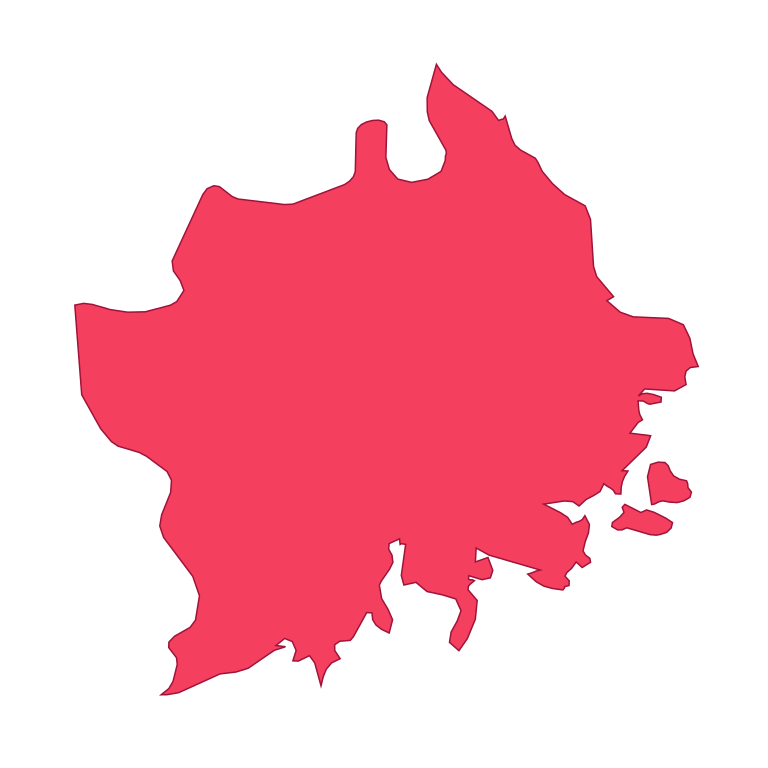 Olbia-Tempio, Natural Earth projection, rotated 93°
{"feature_id": "ITA-5375", "entity_name": "Olbia-Tempio", "entity_type": "Province", "adm_level": 1, "iso_a3": "ITA", "parent_name": "Italy", "parent_adm1": "", "projection": "natural_earth1", "projection_center": [9.374, 40.9], "detail": "fine", "context": "isolated", "style": "filled", "palette": "rose", "viewbox_px": 768, "rotation_deg": 93, "n_neighbors": 0, "source": "natural_earth", "source_scale": "10m", "svg_char_len": 3595}
<svg xmlns="http://www.w3.org/2000/svg" viewBox="0 0 768 768"><g transform="rotate(93 384 384)"><path d="M62.0,348.4L69.8,342.8L81.5,330.5L106.1,290.4L114.8,283.4L113.4,280.1L113.4,279.1L112.9,278.6L110.1,277.0L132.1,269.3L138.7,265.7L143.3,259.8L150.6,244.7L154.9,241.7L163.4,237.1L175.1,226.2L185.4,213.5L195.6,192.4L208.8,186.4L255.6,180.9L265.7,177.2L284.8,159.3L289.1,165.8L299.9,151.9L303.9,138.7L303.6,103.2L309.2,88.1L322.2,81.0L337.6,77.0L350.1,71.1L351.5,78.9L355.3,83.0L361.2,84.0L368.7,82.3L375.7,93.5L375.3,123.4L382.7,129.4L380.2,125.5L379.5,120.7L380.4,114.4L382.7,106.4L387.5,106.4L390.3,117.6L389.6,120.1L387.5,124.0L387.5,129.4L397.3,128.1L401.3,126.9L406.2,124.0L409.0,128.1L420.2,135.8L421.7,115.0L433.3,118.8L458.1,141.7L458.1,135.8L463.9,139.0L468.9,140.8L474.6,141.7L481.5,141.7L481.5,147.1L477.8,149.7L476.0,152.5L474.5,155.6L472.1,159.3L480.0,162.6L484.4,168.8L488.7,176.1L495.6,182.8L491.6,189.3L491.4,198.0L495.6,218.2L503.3,200.9L507.6,193.6L514.2,188.7L512.0,184.8L510.8,181.6L509.0,178.9L505.0,176.5L513.5,171.5L522.0,172.0L530.9,174.8L540.3,176.5L544.3,173.8L547.4,169.3L551.2,168.4L556.9,176.5L551.7,182.8L558.3,187.0L562.7,191.5L566.4,193.2L570.9,188.7L575.6,188.7L576.7,192.5L577.1,193.1L578.0,192.9L580.3,194.6L579.4,205.1L577.5,213.7L573.5,221.7L566.3,230.5L564.8,226.3L562.8,222.2L561.6,218.2L549.4,270.1L543.0,283.4L556.9,283.4L551.8,271.1L564.4,265.6L572.0,267.6L574.3,275.8L571.0,289.3L574.5,289.3L575.0,287.9L574.8,285.7L575.7,283.4L579.9,288.0L581.9,289.2L585.1,289.3L595.3,279.6L614.2,280.5L633.8,287.4L646.4,295.2L638.6,305.1L628.2,304.0L616.9,298.5L606.4,295.2L594.9,301.1L591.5,314.7L589.0,330.2L580.4,341.7L583.7,353.6L574.3,356.7L543.0,354.0L542.6,358.3L543.4,359.5L537.8,360.4L543.1,370.5L548.6,370.7L554.7,367.0L561.7,365.8L568.7,368.8L581.0,376.4L585.1,378.1L598.5,375.1L608.8,368.2L619.0,363.1L632.4,365.8L629.1,373.7L625.1,379.4L619.9,383.0L613.2,384.0L613.2,389.3L637.9,401.3L641.8,404.3L643.2,414.7L647.0,419.6L652.8,419.2L660.6,413.4L665.2,421.7L671.8,426.7L679.7,429.4L688.7,431.1L666.1,438.6L659.2,444.2L665.2,455.1L665.2,460.5L654.7,457.8L646.0,462.1L643.3,469.9L650.8,478.2L651.5,468.6L655.7,479.6L675.0,504.8L679.4,516.8L682.1,532.6L703.0,572.9L705.6,584.3L706.0,590.3L699.4,582.9L692.0,579.1L674.9,575.8L668.2,576.9L658.5,585.2L653.0,585.3L646.8,579.9L637.2,564.9L629.7,559.9L605.1,557.2L586.1,564.9L548.7,596.1L537.5,600.5L526.2,599.2L503.5,591.4L491.2,591.2L482.7,596.1L468.6,617.4L465.2,624.7L460.0,646.3L455.8,653.2L443.5,664.6L410.6,685.3L321.4,696.9L319.2,688.2L319.8,679.5L324.0,661.4L325.7,643.8L324.4,626.2L316.5,601.5L312.6,595.3L301.1,588.7L291.3,593.0L282.1,600.2L272.2,602.0L204.4,574.9L198.2,570.9L194.9,564.3L195.5,558.7L204.7,545.5L206.9,539.5L210.0,493.0L209.2,484.5L186.9,433.8L183.1,428.9L178.6,425.4L173.5,423.8L134.4,424.9L130.0,423.6L126.1,420.2L123.2,415.1L121.4,409.1L120.8,403.1L122.1,397.5L125.0,394.7L157.7,394.0L169.6,389.8L178.6,381.0L181.2,367.0L177.2,350.9L168.7,338.2L157.5,334.5L153.2,334.6L150.7,333.8L147.3,334.4L118.6,352.6L110.0,355.0L95.8,355.9L62.0,348.4ZM487.4,103.7L489.6,107.3L490.4,110.4L462.9,116.0L450.4,113.6L447.7,106.2L447.7,99.3L450.8,95.9L455.8,93.6L460.6,90.0L463.6,84.0L464.8,76.8L467.7,75.5L471.6,75.0L475.9,71.3L481.2,72.6L485.0,78.5L487.1,85.2L487.0,92.5L486.1,99.8L487.4,103.7ZM517.4,94.0L519.9,100.6L520.7,104.2L520.5,110.5L514.9,134.0L517.2,138.6L517.5,143.0L514.4,149.1L510.3,148.6L504.8,141.8L499.6,137.6L494.7,139.7L491.6,137.2L498.9,120.7L496.0,115.2L498.0,107.5L503.1,95.8L507.3,88.6L512.8,89.7L517.4,94.0Z" fill="#f43f5e" stroke="#9f1239" stroke-width="1.5"/></g></svg>